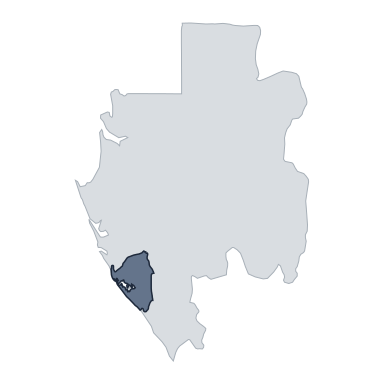 location of Ndougou, Ogooué-Maritime, Gabon
{"feature_id": "22940354B74005862204828", "entity_name": "Ndougou", "entity_type": "district", "adm_level": 2, "iso_a3": "GAB", "parent_name": "Gabon", "parent_adm1": "Ogooué-Maritime", "projection": "equal_earth", "projection_center": [10.09, -2.451], "detail": "fine", "context": "in_parent", "style": "filled", "palette": "slate", "viewbox_px": 384, "rotation_deg": 0, "n_neighbors": 0, "source": "geoboundaries", "source_scale": "gbopen_adm2", "svg_char_len": 6895}
<svg xmlns="http://www.w3.org/2000/svg" viewBox="0 0 384 384"><path d="M260.6,30.7L260.4,34.5L257.2,43.8L255.7,51.0L255.4,58.6L256.2,64.7L257.8,69.1L258.8,73.9L258.0,77.2L256.5,78.6L257.5,80.3L259.9,80.7L263.8,79.3L269.9,76.7L277.9,73.0L283.1,71.0L291.8,72.3L296.4,73.7L298.8,76.3L301.4,87.2L302.6,88.9L304.7,93.6L306.5,99.2L306.9,102.0L306.7,104.1L304.9,107.1L302.9,111.5L302.2,114.2L300.6,116.2L298.5,118.2L292.7,119.0L291.8,120.2L290.2,124.9L287.1,128.9L285.7,132.7L284.5,137.8L284.8,144.1L284.1,153.1L283.5,159.2L285.1,161.4L292.0,162.8L293.3,164.1L295.1,167.8L297.5,171.4L303.8,173.6L306.3,176.4L308.3,179.3L308.6,181.8L307.1,191.6L305.7,201.0L306.3,208.2L306.8,215.0L307.5,225.0L307.2,231.1L305.4,234.8L305.4,237.7L306.2,241.2L304.6,250.9L303.6,252.5L300.8,254.3L299.3,256.9L298.8,261.0L297.2,266.6L295.7,268.7L295.7,271.3L297.2,273.2L297.2,276.1L294.3,279.6L292.6,282.2L288.8,283.5L284.5,282.2L283.5,280.2L284.6,277.2L284.2,274.8L282.7,272.3L280.4,265.8L278.4,264.4L277.2,267.1L273.7,272.0L267.5,278.4L263.2,278.9L255.2,276.9L248.4,273.9L245.3,266.4L243.3,260.3L240.5,253.2L237.2,249.8L233.8,247.6L232.3,247.5L227.4,251.4L225.9,253.0L225.9,256.3L226.3,259.5L227.1,261.0L227.7,263.0L227.6,266.1L226.7,270.2L226.4,274.8L211.0,279.3L208.4,277.7L206.4,275.6L204.1,276.0L197.4,278.3L195.0,276.7L192.5,275.5L191.4,276.5L191.3,278.4L192.4,289.2L192.1,293.3L190.6,298.7L189.8,302.3L193.9,303.3L195.3,305.0L196.8,307.8L198.7,310.3L198.9,311.8L196.6,314.6L195.9,318.1L196.9,320.8L199.7,323.6L203.8,326.6L205.8,328.5L205.6,330.3L203.7,334.0L202.9,337.2L201.7,340.1L201.9,342.7L203.8,345.2L203.6,347.4L202.3,349.0L199.8,348.7L197.6,348.9L195.7,348.2L189.7,339.7L188.4,339.5L179.7,346.0L177.5,348.7L175.7,352.6L173.3,361.0L169.4,356.1L166.0,347.2L162.0,341.7L153.6,332.8L151.4,326.3L141.8,311.9L128.0,297.5L118.1,285.0L116.6,282.3L118.2,282.6L127.9,288.8L129.2,288.1L130.3,286.7L126.1,283.5L122.2,280.9L118.4,279.3L114.7,279.5L112.6,276.8L111.3,272.8L110.6,269.4L108.9,265.8L103.7,258.4L102.4,255.5L99.5,251.6L101.3,251.1L106.9,254.8L107.4,253.3L106.9,251.1L101.2,247.6L98.2,247.4L97.4,244.9L97.9,242.0L93.8,231.2L89.6,223.1L88.9,219.3L100.3,236.9L101.8,237.2L103.8,237.0L108.5,235.0L107.6,232.7L105.5,230.2L103.5,231.3L100.8,231.6L99.4,230.5L98.7,228.7L101.4,220.2L100.3,220.6L99.4,222.1L97.9,222.9L95.7,223.3L90.0,218.7L85.1,206.4L83.8,203.9L82.4,199.6L81.1,197.8L75.4,180.3L77.6,181.6L80.2,186.7L85.3,185.6L87.2,182.7L89.0,182.8L90.7,182.1L92.9,179.3L99.4,167.3L101.1,151.3L100.6,141.9L99.6,132.5L101.7,129.5L102.6,131.5L103.0,134.8L104.0,137.3L106.3,139.5L110.6,140.1L117.2,143.5L119.6,145.8L120.2,141.3L127.8,137.6L125.5,136.2L118.8,137.7L109.5,132.1L106.4,128.5L103.5,121.7L100.5,118.2L100.7,115.0L107.4,112.0L109.2,112.4L109.9,115.9L111.7,117.3L112.4,116.8L112.7,113.8L112.7,105.8L110.6,94.3L111.3,92.1L113.1,91.3L114.7,89.7L115.9,89.5L118.1,89.7L119.2,92.4L119.9,93.9L122.1,94.6L124.0,96.0L125.6,95.6L127.0,93.9L128.9,93.6L135.0,93.6L140.5,93.6L151.5,93.7L162.4,93.7L173.4,93.8L181.6,93.8L181.6,87.2L181.6,77.1L181.5,65.1L181.5,53.6L181.4,42.9L181.4,30.4L181.8,26.8L182.4,25.3L182.2,23.2L190.7,23.0L206.0,24.0L212.7,23.8L214.6,24.0L223.0,23.4L229.8,24.2L232.7,25.1L235.3,25.5L243.4,26.1L254.1,25.4L257.7,25.5L259.7,27.3L260.6,30.7Z" fill="#d9dde1" stroke="#a8b0b8" stroke-width="1"/><path d="M152.8,300.4L152.7,299.6L152.6,298.7L152.4,297.9L152.3,297.0L152.2,295.9L152.0,294.8L151.8,293.6L151.6,292.3L151.4,291.2L151.3,289.6L151.2,288.1L151.2,285.9L151.2,278.9L151.2,277.8L151.2,277.2L151.2,276.0L151.3,275.2L151.4,274.5L151.8,273.9L152.3,273.6L153.2,273.3L153.6,273.2L153.8,273.2L153.6,272.5L153.4,272.0L153.2,271.3L152.8,270.8L152.6,270.2L152.4,269.5L151.9,268.8L150.4,266.9L149.9,266.1L149.5,265.4L149.3,264.7L149.2,263.7L149.1,263.0L149.0,262.1L148.8,261.4L148.5,260.6L148.2,260.3L147.8,259.9L147.4,259.3L147.2,258.7L147.1,257.9L147.1,257.2L147.2,256.4L147.4,255.6L147.6,255.0L147.7,254.2L147.6,253.6L147.3,253.1L146.9,253.2L146.6,253.3L146.3,253.3L146.0,252.9L145.7,251.8L145.3,251.9L144.6,251.9L144.3,251.5L143.9,251.0L143.6,251.1L143.1,251.6L142.6,252.1L142.4,252.3L142.0,252.8L141.4,253.1L140.7,253.3L140.1,253.6L139.0,254.0L136.8,254.4L133.7,255.1L132.6,255.5L131.3,256.0L130.3,256.4L128.5,257.0L127.8,257.4L127.2,257.9L126.5,258.8L125.4,260.5L124.0,262.4L123.3,263.1L123.0,263.6L122.8,264.5L122.6,265.2L122.3,266.1L122.0,266.4L121.1,267.0L120.0,268.2L119.3,268.7L118.8,269.0L118.3,269.4L117.8,269.8L117.2,270.3L116.7,270.7L116.5,270.9L116.2,271.3L115.6,271.7L115.1,271.8L114.7,271.6L114.5,271.2L114.3,270.8L113.9,270.1L113.6,269.4L113.5,268.5L113.5,267.5L113.5,266.6L113.4,265.8L113.1,265.5L112.5,265.4L111.9,265.6L111.7,265.9L111.5,266.9L111.5,267.5L111.5,268.3L111.3,268.8L111.0,269.0L111.2,270.1L111.3,272.2L111.4,274.4L111.6,275.5L111.9,276.4L112.2,277.3L112.5,278.0L113.0,278.9L113.3,279.3L113.8,279.9L114.1,280.3L114.6,280.8L114.9,280.9L114.7,280.5L114.3,279.9L114.0,279.3L113.9,278.8L114.2,278.9L114.6,279.4L115.0,280.2L115.4,280.8L115.8,281.4L116.4,281.9L116.7,281.4L116.7,280.7L116.5,280.1L116.2,279.1L116.4,278.6L116.8,278.4L117.2,278.6L117.4,279.2L117.4,279.6L117.8,279.9L118.4,280.4L118.1,280.8L117.5,281.1L117.3,281.8L117.3,282.3L117.6,282.8L118.1,283.4L118.5,283.4L119.6,282.8L120.2,282.1L120.8,281.2L121.4,280.8L122.0,281.0L122.6,280.8L122.9,280.4L123.2,280.0L123.7,280.0L123.9,280.5L124.1,281.4L124.4,282.3L125.1,282.9L125.8,283.2L126.3,283.3L127.1,283.4L127.6,283.7L128.1,284.2L128.0,284.6L127.6,284.8L127.0,285.0L126.8,285.4L126.9,286.3L127.0,287.1L127.3,287.6L127.6,287.8L127.9,287.5L128.4,286.6L128.7,286.0L129.0,285.2L129.3,285.0L130.0,285.2L130.5,285.7L130.9,286.5L131.4,287.3L131.9,287.7L132.3,287.2L132.2,286.4L131.9,285.5L131.8,284.3L132.2,284.6L133.1,285.1L133.7,285.5L134.1,286.0L134.2,286.7L134.5,287.0L135.2,287.5L134.8,288.3L134.4,288.6L133.9,288.7L133.0,288.8L132.2,288.8L131.5,289.0L131.0,289.3L130.6,289.7L130.3,290.2L130.1,290.9L129.6,291.4L129.3,291.7L129.0,291.7L128.8,291.0L128.3,291.1L127.7,291.6L127.4,290.9L127.4,290.2L127.2,289.5L126.7,289.3L126.0,289.9L125.7,289.6L125.6,289.2L125.4,288.5L125.2,287.9L124.8,287.4L124.2,287.1L123.6,286.8L123.2,286.9L122.6,287.0L122.4,286.4L122.4,285.4L122.2,284.9L121.6,285.1L121.5,284.7L121.7,284.1L121.8,283.0L121.3,283.8L120.9,284.4L120.4,285.0L119.5,285.2L118.6,285.1L118.1,284.3L117.4,283.3L116.9,283.1L117.1,283.9L117.6,284.8L119.0,286.6L121.6,289.9L124.5,293.8L126.6,296.6L129.5,299.3L130.8,300.7L133.4,303.4L135.2,305.4L137.3,306.9L140.1,310.1L140.6,309.9L141.0,309.7L141.2,309.3L141.5,308.8L141.9,308.4L142.3,308.4L142.8,308.6L143.1,308.9L143.3,309.7L143.6,310.7L143.8,311.1L144.4,311.6L144.7,311.7L145.5,311.7L146.0,311.6L146.5,311.2L146.8,310.7L147.0,310.4L147.3,310.1L147.8,309.7L148.0,309.4L148.3,308.8L148.5,307.8L148.5,306.7L148.9,305.8L149.3,304.7L149.7,303.5L150.1,302.6L150.6,301.9L151.0,301.2L151.4,300.8L152.0,300.4L152.8,300.4Z" fill="#64748b" stroke="#1e293b" stroke-width="1.5"/></svg>